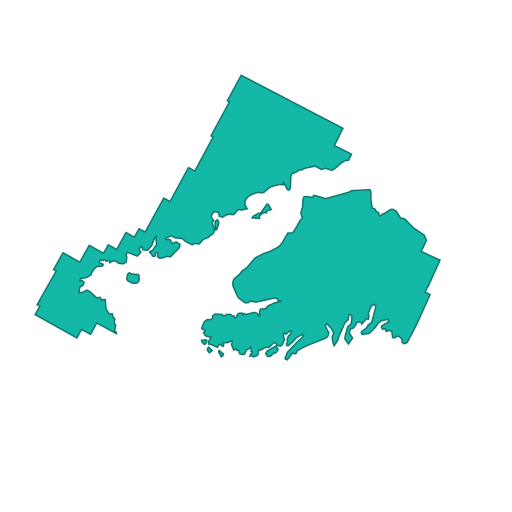 the district of Kenai Peninsula, Alaska, United States of America, rotated 27°
{"feature_id": "52423323B64721050065013", "entity_name": "Kenai Peninsula", "entity_type": "district", "adm_level": 2, "iso_a3": "USA", "parent_name": "United States of America", "parent_adm1": "Alaska", "projection": "albers", "projection_center": [-151.789, 60.039], "detail": "fine", "context": "isolated", "style": "filled", "palette": "teal", "viewbox_px": 512, "rotation_deg": 27, "n_neighbors": 0, "source": "geoboundaries", "source_scale": "gbopen_adm2", "svg_char_len": 6171}
<svg xmlns="http://www.w3.org/2000/svg" viewBox="0 0 512 512"><g transform="rotate(27 256 256)"><path d="M421.8,176.1L401.1,177.0L400.8,164.7L396.4,161.0L383.7,159.5L371.3,155.4L367.6,156.5L360.4,152.3L356.9,152.3L354.8,153.3L351.1,159.8L349.7,161.0L348.3,164.2L347.0,163.7L345.7,161.7L342.3,161.5L340.6,160.2L337.7,160.4L332.5,153.2L329.4,146.8L327.4,145.2L311.3,154.5L309.9,156.9L292.1,173.2L280.4,175.5L279.9,175.9L279.9,177.3L279.0,178.4L274.0,180.0L271.9,181.5L272.2,184.3L275.2,191.0L276.3,197.1L280.0,201.2L279.1,204.6L279.0,211.4L278.2,218.8L273.9,221.1L273.4,232.0L272.4,236.4L271.6,238.1L266.3,245.7L261.3,250.8L256.0,258.3L253.0,271.1L250.4,275.4L249.8,279.2L246.8,286.6L247.3,289.8L249.0,293.1L257.0,299.7L259.4,301.2L267.3,302.7L270.4,301.1L271.1,299.0L271.7,298.6L277.0,297.1L291.9,284.7L293.9,284.4L296.4,285.7L299.5,284.6L294.4,288.8L290.0,294.1L289.0,295.6L288.5,298.7L284.2,301.2L284.1,303.0L285.1,305.4L286.8,307.0L286.5,307.8L282.6,306.6L280.1,307.0L273.2,312.9L271.2,312.7L271.1,314.2L269.1,313.3L266.6,315.0L265.9,317.2L266.5,319.3L264.8,320.8L263.5,319.4L262.2,320.3L260.0,319.6L256.6,321.1L254.6,324.3L252.2,323.4L245.7,326.4L244.5,329.3L245.6,330.7L244.7,333.2L241.3,334.9L239.7,338.4L240.4,345.1L241.5,345.7L243.5,345.0L244.6,345.8L244.0,348.0L246.3,349.7L248.4,350.0L252.8,348.7L252.6,353.8L254.1,356.0L256.4,355.2L263.1,354.9L263.4,351.6L264.4,351.0L267.6,351.6L267.7,350.2L266.3,348.3L270.6,345.6L273.0,342.2L273.9,343.8L274.6,346.3L278.8,349.9L280.2,347.6L281.3,348.7L283.5,348.2L284.5,348.8L285.6,350.6L289.0,349.8L290.1,348.9L290.4,347.7L290.1,343.8L292.0,341.8L292.8,339.5L293.5,339.8L294.8,343.1L296.2,342.9L296.4,344.4L295.7,345.7L296.1,348.1L297.6,346.8L299.5,347.1L302.0,344.5L302.5,343.1L301.1,338.3L303.1,337.5L305.4,333.7L309.1,331.3L310.4,328.2L310.7,325.5L312.9,324.6L315.8,325.9L318.6,325.3L319.7,323.1L319.4,317.6L316.6,314.6L316.1,311.8L318.3,311.9L319.7,308.1L321.2,306.9L321.9,307.9L322.1,309.9L321.2,312.6L321.2,314.0L322.1,317.1L323.2,318.4L323.0,320.5L324.3,321.8L325.4,321.5L328.0,315.2L329.0,310.7L332.1,305.8L334.1,304.4L334.3,307.2L331.5,314.8L327.7,327.5L328.4,334.3L331.0,334.4L332.6,326.1L335.8,325.1L335.8,321.6L338.1,318.1L342.1,312.7L355.6,297.3L356.4,294.8L355.7,291.3L350.8,288.0L349.2,286.0L350.0,284.1L357.0,286.9L360.2,289.5L360.6,293.6L363.6,297.9L366.3,300.5L367.1,294.3L366.4,289.9L365.5,275.6L367.0,270.9L365.5,266.0L366.9,265.2L369.0,266.4L371.2,271.7L371.4,273.8L369.9,277.4L371.5,285.6L372.7,289.5L378.3,292.4L379.3,285.2L374.2,282.4L373.2,278.0L375.3,276.3L376.2,272.0L376.0,269.7L377.7,267.8L380.1,267.6L381.1,268.7L382.9,261.7L384.9,261.3L383.8,258.0L382.1,256.3L381.5,248.6L382.5,245.8L385.7,246.2L389.2,262.5L387.3,266.6L387.0,270.6L385.7,272.5L384.3,276.1L386.3,277.7L392.1,273.5L394.6,265.9L395.4,260.3L397.3,256.5L402.4,252.6L404.3,253.9L399.9,261.2L399.9,262.4L401.8,263.8L404.4,262.2L406.2,264.1L408.7,261.6L411.5,261.9L414.8,266.7L416.8,265.9L417.9,263.4L420.3,262.6L424.2,264.0L425.1,266.4L427.4,267.1L430.0,264.5L430.2,243.4L428.6,211.3L423.1,211.5L422.8,205.1L423.2,205.1L421.8,176.1ZM85.8,408.5L133.6,410.3L133.9,400.6L144.2,400.9L144.5,388.0L166.9,388.5L166.0,387.2L164.9,387.6L164.0,386.7L162.3,381.2L160.5,380.3L159.2,378.3L158.7,376.0L156.5,375.5L154.1,372.6L151.6,374.4L146.3,371.2L141.5,363.3L139.1,364.4L138.8,365.8L135.9,363.6L133.1,365.6L124.1,363.1L120.9,363.1L118.2,366.9L115.3,368.9L115.2,369.7L113.2,364.0L115.1,360.8L114.8,357.5L111.8,356.8L110.3,358.3L109.8,355.3L112.6,353.9L115.1,351.7L117.6,347.5L117.1,346.8L117.5,341.7L119.0,337.6L123.8,334.7L123.7,332.8L119.7,332.9L118.7,331.7L119.0,330.3L120.7,330.1L122.8,328.0L125.3,328.6L126.3,327.1L128.0,327.1L128.8,328.3L130.0,326.2L131.7,324.8L133.7,324.2L136.8,324.9L141.4,323.2L143.1,320.1L141.2,315.4L139.4,313.5L139.8,311.1L150.2,310.0L151.7,305.5L151.4,304.5L149.6,303.9L148.6,301.9L150.0,299.4L152.4,301.8L156.2,300.5L156.9,299.5L158.3,294.0L157.5,287.0L157.8,283.9L162.1,290.7L161.4,297.9L159.6,299.7L159.5,300.6L159.9,301.3L161.5,301.2L163.6,303.1L165.6,302.6L166.2,301.5L165.3,298.2L166.9,297.7L167.6,298.0L168.7,301.3L170.9,301.8L174.3,299.6L176.2,297.0L180.2,295.6L183.6,284.5L183.8,282.4L182.9,280.1L178.4,279.7L177.0,281.7L175.2,282.6L172.3,280.6L170.1,280.9L168.9,282.1L167.7,282.0L167.4,280.9L171.5,276.3L175.3,276.7L182.4,273.9L186.2,275.0L194.1,275.0L195.1,273.0L200.0,271.0L201.5,265.1L205.4,260.6L205.6,258.8L207.5,256.2L207.8,253.6L206.3,250.3L201.4,246.2L202.1,244.6L201.9,243.3L198.8,242.0L197.7,238.9L198.4,236.5L198.2,235.5L202.5,234.3L204.8,236.4L205.0,237.2L208.7,236.6L210.3,233.6L212.9,231.1L216.8,229.6L217.9,228.0L218.3,225.2L219.1,222.7L222.2,221.7L226.7,217.9L223.0,215.6L221.5,212.4L221.4,209.0L222.3,206.0L225.3,201.8L229.0,198.3L232.2,197.3L234.2,195.6L236.5,189.8L238.5,186.8L244.2,181.8L248.0,180.1L247.1,178.2L247.3,177.9L253.7,182.5L255.5,182.4L255.9,180.2L251.3,170.2L250.6,166.7L254.1,162.5L255.3,159.7L257.1,159.0L260.3,155.1L267.9,149.1L275.0,149.2L278.0,146.3L284.8,145.1L286.9,141.6L289.7,134.4L292.3,130.3L295.0,128.8L294.9,121.9L275.7,122.1L275.5,102.8L160.8,101.7L160.0,130.7L162.4,130.8L161.4,169.4L163.8,169.4L162.9,208.1L155.7,207.9L154.7,246.5L147.5,246.3L146.4,285.0L139.4,284.8L139.1,294.4L129.5,294.1L128.9,313.4L119.3,313.1L118.9,322.8L102.6,322.2L101.8,341.5L82.6,340.7L81.8,360.0L84.8,360.1L83.1,398.7L86.2,398.8L85.8,408.5ZM150.7,328.4L149.9,330.6L151.3,335.1L153.0,336.3L158.8,336.2L161.6,334.7L162.9,332.6L162.7,330.2L160.4,326.3L159.1,326.0L153.5,328.5L150.7,328.4ZM235.6,221.6L235.2,223.8L242.0,220.9L241.0,218.5L242.9,213.9L245.6,212.8L245.4,210.6L248.5,207.7L243.4,204.3L242.2,204.9L240.7,215.7L238.9,216.8L235.6,221.6ZM309.0,335.8L309.0,338.6L312.0,340.3L314.3,338.8L315.9,334.5L317.7,333.1L318.2,329.7L317.7,328.8L314.6,327.1L309.0,335.8ZM204.0,243.2L204.4,245.0L208.3,251.1L208.8,250.7L208.9,249.0L208.0,244.0L207.4,242.7L205.2,241.2L204.0,243.2ZM249.2,353.5L245.8,355.9L247.3,357.3L250.1,358.3L250.9,357.2L251.1,355.1L250.6,353.6L249.2,353.5ZM255.3,358.6L254.8,360.5L255.5,362.1L258.5,363.4L259.8,360.3L255.3,358.6ZM266.1,356.9L266.2,358.4L270.9,361.6L271.7,360.2L271.6,358.2L266.1,356.9Z" fill="#14b8a6" stroke="#0f766e" stroke-width="1.5"/></g></svg>